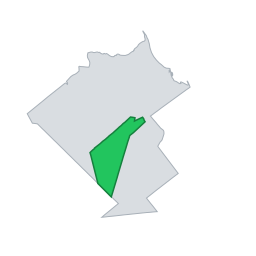 location of Ouadane, Adrar, Mauritania, rotated 142°
{"feature_id": "47542326B44927668035814", "entity_name": "Ouadane", "entity_type": "district", "adm_level": 2, "iso_a3": "MRT", "parent_name": "Mauritania", "parent_adm1": "Adrar", "projection": "orthographic", "projection_center": [-9.881, 22.386], "detail": "fine", "context": "in_parent", "style": "filled", "palette": "green", "viewbox_px": 256, "rotation_deg": 142, "n_neighbors": 0, "source": "geoboundaries", "source_scale": "gbopen_adm2", "svg_char_len": 3859}
<svg xmlns="http://www.w3.org/2000/svg" viewBox="0 0 256 256"><g transform="rotate(142 128 128)"><path d="M111.1,211.0L110.8,210.9L109.4,209.9L108.8,208.7L107.7,207.9L106.2,207.3L105.2,206.6L104.8,205.8L104.2,205.3L103.7,205.1L103.6,204.8L103.7,204.5L103.6,203.8L102.8,202.3L101.9,201.5L101.2,201.6L100.9,201.5L100.6,201.1L100.5,200.6L100.1,200.2L99.2,200.0L98.6,198.9L98.1,196.8L97.5,195.2L96.7,194.0L96.1,193.6L95.7,193.5L95.6,193.3L95.5,193.0L94.9,192.9L94.0,193.2L93.2,193.1L92.8,192.5L92.3,192.4L91.6,192.9L90.8,192.7L90.0,192.0L89.6,191.2L89.5,190.5L88.1,189.0L85.4,186.8L82.4,185.7L79.2,185.7L77.4,185.6L77.0,185.2L76.6,185.2L76.2,185.6L75.8,185.7L75.3,185.4L75.0,185.6L74.9,186.1L73.7,186.4L71.6,186.3L69.8,186.6L68.5,187.2L66.6,187.4L64.1,187.2L62.7,186.9L62.2,186.5L61.5,186.4L60.6,186.6L59.7,187.6L58.9,189.5L58.3,190.5L57.8,190.8L57.3,192.2L56.9,194.6L56.5,195.6L56.7,189.6L57.4,187.4L57.7,185.5L59.4,181.2L61.3,177.7L63.0,173.1L63.8,168.5L63.8,164.1L63.4,160.1L62.7,157.4L62.0,153.5L60.9,151.5L58.8,149.6L58.4,148.6L58.9,148.2L60.2,148.0L61.1,146.7L59.3,147.1L61.5,143.0L62.3,140.2L62.2,138.3L62.7,137.1L61.2,134.6L60.1,131.3L59.5,130.8L58.9,130.5L58.8,131.3L58.5,131.9L57.7,131.5L56.5,129.1L54.8,125.3L54.2,124.9L53.6,125.3L53.3,125.8L52.5,128.9L52.4,127.7L52.7,126.2L53.2,124.4L53.9,122.0L55.5,122.0L58.3,122.2L64.0,122.4L66.9,122.5L72.6,122.7L75.4,122.8L81.1,123.0L84.0,123.1L89.7,123.3L92.6,123.3L98.3,123.5L101.1,123.5L103.0,123.6L102.9,121.8L102.9,120.4L102.8,118.5L102.7,116.6L102.6,114.7L102.6,112.9L102.5,111.1L102.4,109.5L102.4,108.0L102.2,107.1L101.7,105.3L101.6,104.5L101.7,103.6L102.2,102.7L103.3,101.2L105.0,100.0L106.9,98.7L108.4,97.7L109.2,97.4L111.5,97.1L113.3,96.3L115.1,95.6L115.8,95.2L115.9,93.7L116.4,61.3L125.0,61.4L127.2,61.4L143.0,61.5L145.2,61.5L156.6,61.4L156.6,59.9L156.6,57.7L156.6,54.7L156.5,51.7L156.5,46.4L156.5,44.1L158.7,45.6L163.3,48.5L165.5,50.0L170.1,52.9L174.6,55.7L179.2,58.6L181.5,60.0L183.8,61.5L186.1,62.9L188.4,64.3L193.1,67.2L195.0,68.4L198.0,70.3L200.8,72.0L203.6,73.8L199.4,74.0L193.7,74.1L189.8,74.2L185.9,74.3L182.1,74.4L182.5,77.5L183.0,80.8L183.4,84.1L183.8,87.5L184.2,90.8L185.5,100.8L186.0,104.1L186.4,107.4L186.8,110.7L187.3,114.1L188.1,120.7L188.6,124.1L189.0,127.4L189.4,130.7L189.9,134.0L190.3,137.4L191.2,144.0L191.6,147.3L192.0,150.6L192.5,154.0L192.9,157.3L193.3,160.6L193.8,163.9L194.2,167.2L195.1,173.9L195.5,177.2L196.0,180.5L196.4,183.8L196.8,187.0L198.4,188.7L200.4,190.7L199.9,193.7L199.3,197.3L198.6,201.3L193.3,201.4L188.0,201.5L174.8,201.8L172.2,201.9L159.0,202.0L156.4,202.0L151.3,202.1L149.8,202.0L149.2,201.7L149.0,199.7L148.6,199.8L148.1,200.4L147.8,201.0L147.9,201.9L147.8,202.6L146.1,202.9L143.8,203.3L141.4,203.7L139.0,203.6L138.1,203.4L137.3,203.1L135.3,202.8L134.3,202.8L133.1,202.9L131.6,203.0L131.2,203.4L130.1,204.9L129.0,206.6L128.4,206.6L127.6,205.7L125.5,203.8L123.0,201.4L121.8,200.3L121.2,200.1L120.0,200.9L119.0,201.7L117.9,202.9L117.4,204.0L117.0,205.3L116.8,206.8L116.4,208.6L115.5,210.0L114.4,211.1L113.6,211.6L113.3,211.9L111.1,211.0ZM60.3,144.0L59.5,145.3L59.2,144.8L59.1,143.9L59.8,142.7L60.2,142.1L60.8,141.9L60.3,144.0Z" fill="#d9dde1" stroke="#a8b0b8" stroke-width="1"/><path d="M109.9,127.5L111.9,128.0L116.3,129.0L118.6,129.5L116.2,131.8L117.7,133.5L118.6,134.4L119.3,135.1L127.1,134.4L129.1,134.5L131.8,134.1L134.4,134.1L136.0,133.9L137.4,133.8L140.7,133.6L142.8,133.4L144.1,133.4L145.1,133.4L148.0,133.4L148.7,133.2L149.7,133.2L152.6,133.0L153.9,133.0L156.0,133.1L158.5,132.9L159.7,132.8L162.2,132.8L163.7,132.8L166.8,132.8L167.1,132.4L169.4,132.4L173.1,132.0L174.1,129.4L185.9,102.8L183.6,84.0L177.9,88.0L167.3,95.5L164.3,97.7L157.3,102.7L152.2,106.3L150.3,107.7L141.3,114.0L136.7,117.3L132.6,120.0L131.3,121.0L126.6,121.0L110.7,122.4L110.5,124.3L110.0,125.4L109.9,126.6L109.9,127.5Z" fill="#22c55e" stroke="#15803d" stroke-width="1.5"/></g></svg>